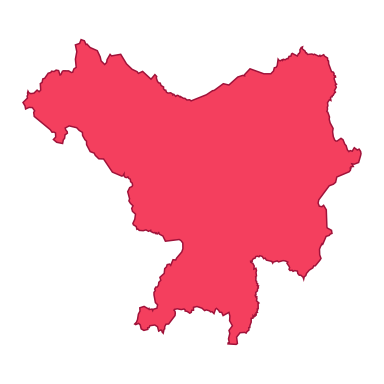 Bolivar, Manabi, Ecuador (Equal Earth projection)
{"feature_id": "8360857B59948244226228", "entity_name": "Bolivar", "entity_type": "district", "adm_level": 2, "iso_a3": "ECU", "parent_name": "Ecuador", "parent_adm1": "Manabi", "projection": "equal_earth", "projection_center": [-80.053, -0.927], "detail": "fine", "context": "isolated", "style": "filled", "palette": "rose", "viewbox_px": 384, "rotation_deg": 0, "n_neighbors": 0, "source": "geoboundaries", "source_scale": "gbopen_adm2", "svg_char_len": 5902}
<svg xmlns="http://www.w3.org/2000/svg" viewBox="0 0 384 384"><path d="M302.5,46.9L301.2,47.5L299.9,49.9L300.1,51.4L299.3,53.4L298.5,53.7L297.3,56.0L292.3,53.4L291.5,54.0L290.9,56.1L289.0,56.4L288.0,58.7L287.0,58.6L285.1,59.8L283.5,59.3L282.6,60.4L282.2,59.7L280.3,60.8L279.0,60.4L278.1,59.2L277.2,65.6L276.2,67.3L274.3,67.8L273.5,71.0L270.8,73.8L263.9,73.8L250.0,68.8L244.4,74.8L244.6,75.8L242.7,75.4L237.8,77.0L228.9,85.0L223.3,83.7L214.2,90.4L212.5,90.7L206.5,94.7L191.1,100.9L189.7,99.8L186.9,100.0L184.9,98.3L183.6,98.4L180.4,96.5L180.1,97.0L178.4,95.6L177.2,95.3L175.7,96.4L173.8,94.3L172.9,94.9L172.8,94.2L170.7,92.8L168.0,93.1L166.5,92.3L165.7,90.1L164.8,90.2L163.5,88.8L163.6,87.0L161.1,85.5L160.2,83.1L158.5,82.8L157.3,81.0L156.3,77.9L156.7,76.5L154.9,74.6L151.0,79.2L142.6,71.4L138.4,73.4L137.1,71.7L132.1,69.3L126.5,63.9L120.7,54.3L111.5,55.9L110.1,54.4L107.1,59.6L106.6,62.5L104.7,64.5L101.1,60.9L100.2,56.9L97.3,50.7L90.1,47.5L87.0,44.1L86.0,44.5L84.4,40.8L81.1,39.6L79.6,43.4L75.4,44.9L76.8,51.7L75.4,59.2L76.2,67.4L73.9,68.9L72.7,72.2L71.3,72.5L68.7,70.9L63.3,70.8L62.4,71.3L60.8,74.7L60.0,75.0L58.6,70.6L56.1,70.1L54.1,71.5L51.6,71.2L50.7,72.5L48.2,73.2L44.7,78.3L42.8,78.9L42.1,82.4L40.3,83.6L40.7,90.1L39.1,91.7L37.1,90.1L33.9,93.2L30.7,93.6L28.8,92.7L28.0,91.2L27.5,93.1L27.9,94.7L27.1,96.1L27.5,98.0L23.0,102.5L25.0,105.9L25.6,109.0L29.1,107.4L32.4,107.6L34.7,110.9L33.7,112.3L34.2,116.4L50.3,129.7L52.0,132.2L54.0,132.1L55.5,132.9L55.7,137.1L53.4,139.5L56.7,142.3L62.6,143.5L63.3,139.9L64.6,138.3L65.0,134.9L67.4,133.2L67.2,131.7L65.7,129.8L65.2,128.0L69.2,125.9L76.7,127.7L79.2,130.4L82.4,132.4L82.6,135.5L85.0,139.8L86.5,141.1L86.6,144.7L90.2,151.6L94.2,153.1L95.3,155.4L98.8,158.8L103.6,159.0L112.4,172.1L121.8,176.1L122.9,175.7L124.0,174.0L123.9,175.6L125.2,177.3L126.9,177.6L127.9,176.9L129.0,178.6L130.3,179.2L130.6,181.7L132.2,183.1L132.6,185.3L132.0,186.5L129.7,187.6L127.7,191.7L129.6,198.8L128.9,200.9L130.5,203.4L133.0,205.8L131.7,208.4L132.5,211.4L135.5,214.1L134.8,219.2L132.9,223.4L133.4,224.8L136.2,226.5L136.9,229.3L137.8,229.0L139.3,230.4L143.2,230.7L146.0,229.9L148.5,231.3L150.7,230.3L150.9,231.5L153.4,232.8L154.8,232.5L155.4,233.5L156.2,232.9L157.1,234.0L158.7,232.6L159.3,234.1L162.9,236.0L165.4,241.2L179.2,239.5L181.0,240.6L182.8,243.0L182.9,248.7L181.8,251.9L176.6,258.1L175.7,260.0L173.0,259.7L170.7,265.4L169.6,264.1L167.2,264.6L166.4,267.0L164.7,268.6L164.2,273.4L159.9,277.3L160.8,280.3L158.8,282.3L158.4,285.4L157.1,287.1L155.8,287.1L154.7,289.1L155.3,290.6L154.0,292.3L154.0,295.0L155.4,302.6L157.6,304.8L156.9,308.2L153.2,309.3L152.7,310.6L152.0,309.1L149.3,309.5L149.0,308.4L148.3,308.8L144.1,306.4L139.8,307.8L140.0,311.1L138.4,314.1L137.5,319.6L136.4,322.3L134.7,324.0L135.7,324.6L138.6,323.4L140.2,324.8L141.2,328.9L143.9,330.4L147.8,329.4L147.7,327.8L149.1,327.6L149.9,325.7L154.8,325.0L157.5,326.7L158.7,331.1L160.8,330.0L161.9,330.4L162.0,331.8L163.2,333.2L164.0,329.4L164.7,328.9L164.7,326.7L166.0,324.2L168.6,324.0L175.0,315.6L175.3,313.1L175.0,311.3L174.0,310.2L174.4,309.4L177.3,308.8L181.3,309.6L184.0,309.0L185.1,309.8L185.1,311.0L187.1,311.4L189.8,313.2L191.3,312.3L191.7,310.3L193.5,310.2L193.5,307.3L197.0,306.5L202.0,308.2L204.6,310.6L206.3,309.9L209.6,310.9L210.5,311.9L212.1,311.7L214.0,313.6L215.5,309.2L216.5,308.4L218.7,310.4L219.6,312.1L221.7,312.4L223.1,315.6L228.9,312.4L229.9,316.0L229.6,320.7L232.4,325.8L229.0,330.4L229.8,333.5L228.5,338.9L229.3,342.5L228.1,342.9L228.0,343.9L236.2,344.4L237.4,343.5L236.6,337.1L240.1,332.7L244.7,332.4L246.1,333.1L247.0,331.6L248.9,330.1L248.8,327.6L249.8,327.5L249.9,325.5L251.2,322.1L251.2,318.3L252.9,318.2L253.1,315.7L254.0,316.8L254.8,315.7L255.3,316.6L255.0,314.6L256.2,314.9L256.0,312.9L257.4,312.4L256.9,311.5L257.7,309.8L257.2,309.1L258.2,308.5L258.1,303.5L258.9,303.0L256.5,300.8L256.9,298.2L256.2,297.5L256.8,296.9L255.5,296.3L255.2,295.2L256.0,294.8L255.7,292.5L257.4,290.9L257.5,288.9L258.4,287.9L257.9,287.1L258.5,285.9L257.3,285.5L257.7,283.8L256.6,283.1L256.6,281.3L255.8,280.7L256.0,277.6L255.6,276.9L256.5,275.9L256.0,272.6L256.5,270.4L255.9,268.2L253.9,269.1L254.2,266.0L252.8,263.3L250.7,262.2L250.6,261.2L252.2,261.2L252.1,260.4L253.5,258.5L255.0,258.3L255.7,256.6L257.4,256.2L259.0,256.8L259.8,255.7L262.2,256.4L263.7,258.7L265.1,258.1L266.4,260.1L271.8,261.4L272.7,263.1L273.2,262.1L277.2,260.9L278.6,261.9L283.0,260.6L285.3,260.9L287.8,262.1L287.0,263.3L289.3,266.7L289.6,267.7L289.0,269.3L290.0,270.5L292.2,270.3L293.0,271.3L294.8,270.6L297.4,271.1L297.8,273.5L299.2,275.2L300.8,275.2L303.1,277.2L303.7,279.1L304.2,276.8L305.8,275.6L306.5,273.4L309.3,270.1L312.8,267.9L313.7,265.9L315.3,265.8L319.9,260.2L321.0,258.4L319.7,254.9L319.5,249.2L320.5,246.6L322.1,243.7L322.7,244.3L323.0,243.7L326.1,236.4L329.2,235.4L330.2,234.1L332.0,233.4L331.5,230.3L327.3,228.0L326.9,227.1L326.3,209.8L323.6,205.3L321.9,206.7L319.3,206.2L318.1,203.1L318.8,199.8L329.2,185.8L333.4,184.2L335.6,182.3L336.8,177.0L349.1,171.8L350.4,170.2L350.3,168.2L350.9,168.4L351.0,166.8L353.3,166.5L351.9,163.8L354.2,164.2L358.6,162.5L360.6,155.6L361.0,153.7L360.6,151.4L359.1,149.1L357.3,150.0L354.3,147.7L352.2,151.2L350.2,150.6L348.9,151.6L347.4,149.9L346.1,145.6L344.8,144.2L343.0,139.7L341.0,138.3L337.2,141.0L336.0,141.1L334.7,140.1L333.3,136.6L332.6,131.8L333.1,128.4L330.1,122.8L329.2,119.1L329.5,117.0L327.8,112.2L326.9,111.6L327.5,109.2L327.3,107.2L327.9,105.8L327.5,102.7L329.4,99.8L330.9,100.5L330.5,97.8L330.9,97.1L332.2,96.7L332.1,95.9L333.2,95.3L334.7,92.5L336.0,92.4L335.2,92.1L334.5,90.5L336.3,87.2L335.3,85.1L336.5,84.2L335.7,83.6L334.1,78.8L334.5,77.1L335.5,77.1L335.4,76.0L333.8,75.1L334.1,73.6L333.4,72.2L331.5,71.6L328.7,64.0L328.5,60.9L327.7,60.4L327.5,58.0L324.5,56.1L323.7,54.7L320.5,56.3L319.9,55.3L318.9,56.3L314.4,54.2L313.6,54.7L311.9,54.0L307.5,54.4L306.5,52.8L305.7,52.8L305.1,51.1L302.1,48.7L302.5,46.9Z" fill="#f43f5e" stroke="#9f1239" stroke-width="1.5"/></svg>